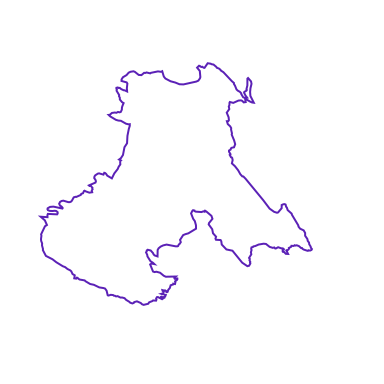 the district of Malemba-Nkulu, Katanga, Democratic Republic of the Congo, rotated 291°
{"feature_id": "63176286B11863220768150", "entity_name": "Malemba-Nkulu", "entity_type": "district", "adm_level": 2, "iso_a3": "COD", "parent_name": "Democratic Republic of the Congo", "parent_adm1": "Katanga", "projection": "equal_earth", "projection_center": [26.787, -8.06], "detail": "fine", "context": "isolated", "style": "outline", "palette": "violet", "viewbox_px": 384, "rotation_deg": 291, "n_neighbors": 0, "source": "geoboundaries", "source_scale": "gbopen_adm2", "svg_char_len": 5959}
<svg xmlns="http://www.w3.org/2000/svg" viewBox="0 0 384 384"><g transform="rotate(291 192 192)"><path d="M168.6,303.9L171.3,301.0L171.7,301.3L171.9,302.1L173.1,302.7L173.9,302.9L174.5,302.5L176.4,304.2L177.4,304.1L178.1,306.3L179.1,306.9L179.1,307.9L179.8,308.9L179.8,311.2L178.8,313.9L179.1,314.8L178.5,315.6L178.3,317.1L178.5,320.9L178.7,321.4L179.3,321.6L179.6,323.2L180.7,324.3L181.7,324.4L182.6,322.9L183.6,322.3L185.2,320.2L186.7,319.4L187.8,317.6L189.5,316.5L191.7,313.3L194.3,312.3L196.2,310.0L196.5,306.1L197.8,303.9L199.0,303.1L206.6,293.4L207.5,292.8L209.4,287.8L211.5,286.1L212.0,285.1L213.8,283.9L213.9,282.9L213.3,281.7L212.0,280.4L209.0,281.5L203.8,279.7L203.1,278.8L202.9,275.8L204.3,270.4L209.9,261.4L223.5,237.4L224.9,234.4L224.6,233.4L225.9,230.8L228.8,227.3L231.5,222.8L233.0,219.0L236.4,218.5L238.2,217.3L238.5,216.8L238.4,216.0L240.1,214.0L240.7,214.5L241.1,214.4L242.9,212.1L244.0,211.7L245.5,212.9L246.6,212.7L247.5,213.2L248.8,215.2L252.1,215.2L255.3,212.8L259.8,208.5L261.1,208.3L264.3,206.1L265.7,205.7L267.0,204.1L268.2,201.1L270.6,199.2L271.2,200.5L272.3,200.7L274.9,199.4L278.5,196.0L282.8,197.1L285.0,195.7L286.5,195.8L288.8,195.0L289.6,195.1L290.0,198.6L294.0,202.6L295.1,204.9L295.1,206.1L294.2,208.2L295.2,209.9L297.5,208.5L298.0,209.2L297.2,214.0L297.1,216.0L297.5,217.7L302.6,212.1L306.2,210.4L309.8,209.4L314.3,208.8L316.4,207.5L318.5,203.5L317.7,203.1L311.3,205.5L307.4,206.0L306.9,206.6L306.1,206.5L304.4,205.1L303.8,204.9L303.2,205.2L301.2,207.4L299.8,209.7L298.8,208.0L298.8,205.8L301.1,202.9L301.8,202.6L302.7,200.7L303.0,198.5L303.7,196.8L306.7,194.0L307.9,192.4L308.8,192.1L309.7,189.6L315.1,178.4L315.8,175.2L316.3,174.8L316.9,172.9L316.9,170.6L317.5,169.9L318.7,166.4L318.3,164.4L318.5,163.5L317.8,160.5L312.4,159.2L312.2,158.4L312.6,156.6L312.1,156.1L312.1,154.7L312.5,154.2L312.4,153.3L309.9,152.2L307.8,155.9L302.3,158.6L300.9,158.7L298.2,158.0L296.6,156.4L289.4,145.5L288.1,141.7L288.2,137.2L287.7,132.3L288.4,126.5L289.7,124.3L294.1,120.9L293.1,120.0L292.4,117.0L288.5,110.9L287.8,110.5L287.3,106.7L286.5,105.9L286.1,104.6L283.0,102.9L282.2,100.3L283.7,95.6L283.7,94.1L282.2,91.5L280.7,90.1L277.7,89.0L274.4,86.4L271.9,85.9L270.4,86.4L270.9,91.7L270.1,92.8L265.5,94.0L262.6,95.4L262.8,92.7L262.5,91.7L262.7,89.0L263.3,87.2L262.8,86.2L263.0,85.3L262.2,84.1L261.3,84.4L260.8,85.1L259.5,85.3L256.4,89.3L255.3,89.5L254.2,90.8L252.5,91.5L250.8,94.5L250.5,96.3L247.7,96.2L245.8,96.3L243.7,97.0L241.2,96.8L240.4,95.8L240.2,94.2L238.9,93.1L238.5,91.4L237.1,88.9L234.6,87.6L234.1,86.6L233.3,88.4L232.1,95.1L232.3,97.6L233.0,100.1L232.1,106.0L232.5,108.8L233.0,109.6L231.5,110.2L228.3,110.4L221.3,111.6L214.2,113.9L209.6,112.9L201.8,114.3L198.1,113.5L196.2,112.3L196.0,114.3L195.4,114.0L194.2,114.2L192.0,115.2L189.4,114.5L186.8,114.4L181.5,112.8L176.0,112.3L176.9,107.0L178.1,105.4L178.6,104.0L178.5,103.2L176.5,103.1L176.1,98.6L175.4,97.5L172.9,95.7L171.6,95.4L170.0,95.7L168.5,97.8L167.4,98.5L166.2,98.5L161.2,93.4L160.9,94.2L161.5,95.3L160.2,97.6L159.3,97.7L158.9,98.2L157.4,97.9L156.0,98.9L154.6,96.4L154.5,92.7L154.7,91.2L154.2,90.8L151.8,90.7L150.6,89.3L149.4,89.2L145.9,85.7L145.8,85.0L144.6,83.5L140.8,83.0L139.5,82.4L138.7,81.5L138.2,80.1L137.8,75.0L136.9,73.5L135.5,72.4L133.4,72.2L131.9,73.8L131.8,75.0L131.6,75.5L131.2,75.6L131.2,76.3L130.7,77.0L130.1,76.9L128.7,67.9L127.2,64.8L125.1,63.1L124.2,63.2L123.4,64.0L123.4,66.0L124.3,68.7L125.3,70.6L125.6,72.2L125.0,73.8L123.7,74.3L122.8,74.1L119.9,65.3L118.7,65.3L116.7,66.1L114.7,59.6L112.8,64.8L109.2,68.4L107.3,67.0L98.4,66.3L97.2,67.1L93.9,67.9L92.3,68.7L90.3,70.5L88.4,71.1L85.4,73.3L84.3,73.6L80.0,78.5L79.2,85.9L77.8,90.5L76.4,98.0L76.4,100.5L75.5,103.3L75.2,106.4L74.7,107.7L72.6,109.9L72.2,112.4L69.2,113.0L69.6,114.9L70.7,115.1L70.9,115.9L70.4,116.7L70.0,118.4L71.0,123.5L70.5,124.6L69.6,129.9L70.2,133.6L69.7,139.6L70.6,143.8L70.7,145.4L69.3,147.6L65.4,150.3L65.3,150.9L65.9,151.8L66.9,153.0L67.5,155.3L67.2,156.2L67.5,157.1L67.3,158.5L68.1,159.9L67.8,163.0L68.5,164.8L68.7,167.1L67.7,169.1L67.0,172.9L66.5,174.0L66.6,176.3L67.6,177.4L68.5,177.5L70.2,179.8L70.0,184.0L69.3,185.5L69.3,187.3L72.0,191.2L73.6,191.5L76.1,194.2L76.8,194.5L77.7,197.4L78.8,197.4L79.6,196.7L81.2,196.9L81.7,197.8L81.2,202.5L81.8,202.9L82.1,202.7L82.3,200.6L83.0,200.6L83.4,201.1L83.0,203.6L83.3,204.0L84.1,203.6L84.7,204.4L86.5,204.4L86.3,203.0L86.4,202.1L85.9,200.7L85.9,199.8L87.0,201.3L88.7,201.4L89.2,199.9L89.8,199.5L90.0,201.3L90.5,202.0L90.3,203.3L89.5,203.8L89.4,204.4L90.0,205.0L92.2,204.9L94.4,205.7L97.3,205.5L99.0,207.6L99.7,207.4L100.0,209.1L101.6,208.9L102.5,208.2L104.3,209.4L105.5,209.6L106.0,209.3L104.8,207.1L105.0,206.6L105.5,206.3L107.3,207.2L103.5,197.9L103.7,195.6L105.2,191.1L104.8,187.3L103.8,185.7L103.8,184.1L109.4,178.9L110.7,179.9L111.2,182.7L111.9,181.0L112.5,178.1L115.9,173.5L117.3,172.7L119.2,170.7L120.5,171.0L121.2,170.7L122.2,171.3L122.6,174.4L121.0,177.5L120.0,178.5L119.4,179.8L119.5,182.9L125.6,180.7L127.5,181.0L129.8,182.3L131.8,184.2L133.8,187.1L135.4,196.1L136.0,197.8L136.6,198.4L138.3,198.5L139.2,199.1L141.2,199.5L143.0,198.0L148.6,199.2L150.3,201.0L152.1,203.4L159.2,208.9L162.4,207.6L165.8,205.1L167.4,202.7L171.7,198.8L174.6,199.1L175.4,199.5L175.6,200.9L175.1,201.2L175.0,202.5L176.7,208.1L178.0,209.5L178.1,210.9L178.6,211.0L179.4,210.0L178.9,212.5L176.7,218.7L174.3,220.7L169.1,219.0L167.7,219.2L164.5,224.2L161.0,226.4L158.9,230.5L156.9,230.6L156.0,231.5L157.4,235.9L156.5,237.0L153.6,238.6L150.7,244.7L151.7,250.8L144.0,264.2L142.6,270.3L143.6,271.7L146.1,272.1L147.0,271.4L147.6,271.5L148.9,270.1L150.2,270.0L150.9,268.9L155.1,269.7L156.8,268.6L159.2,268.4L160.1,267.6L161.6,267.4L162.5,268.6L163.2,268.8L164.2,270.4L166.8,273.0L169.4,277.4L170.0,279.7L168.6,284.1L168.8,287.4L169.7,288.7L169.1,289.9L169.4,290.6L171.3,292.2L171.4,295.4L171.9,297.0L171.7,298.0L171.3,298.4L171.0,298.4L170.4,297.4L168.9,298.0L168.7,298.4L169.0,299.5L167.9,301.7L168.6,303.9Z" fill="none" stroke="#5b21b6" stroke-width="2"/></g></svg>